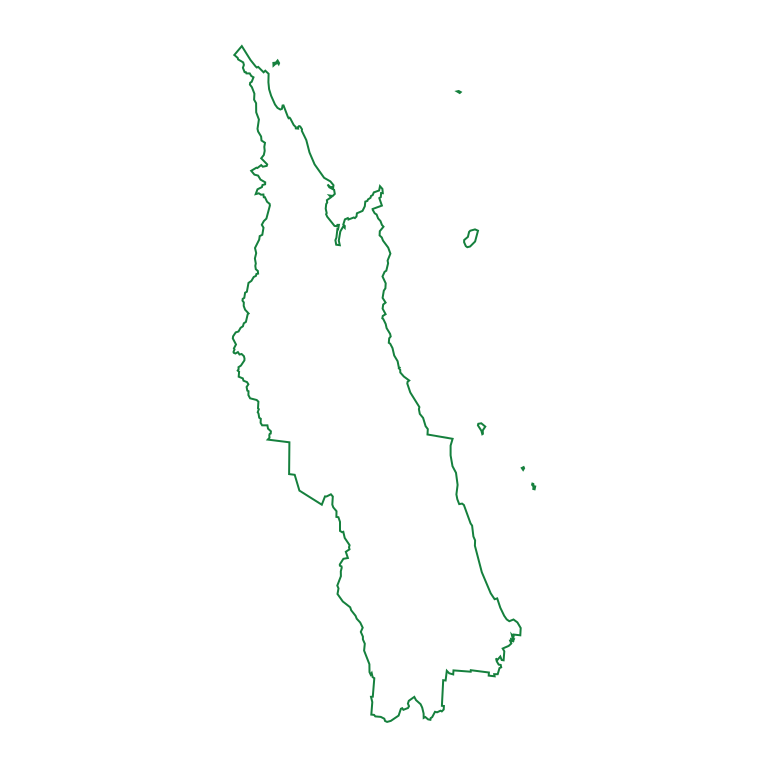 Cairns, Queensland, Australia (Equal Earth projection)
{"feature_id": "25037944B34353436415485", "entity_name": "Cairns", "entity_type": "district", "adm_level": 2, "iso_a3": "AUS", "parent_name": "Australia", "parent_adm1": "Queensland", "projection": "equal_earth", "projection_center": [145.798, -17.106], "detail": "fine", "context": "isolated", "style": "outline", "palette": "green", "viewbox_px": 768, "rotation_deg": 0, "n_neighbors": 0, "source": "geoboundaries", "source_scale": "gbopen_adm2", "svg_char_len": 6078}
<svg xmlns="http://www.w3.org/2000/svg" viewBox="0 0 768 768"><path d="M237.7,370.6L239.1,371.7L238.7,376.7L242.8,378.4L243.5,380.7L247.0,382.1L248.4,384.3L246.6,387.0L247.3,390.6L248.5,391.2L248.4,395.1L250.1,398.3L256.7,400.0L258.4,401.7L258.0,408.3L258.8,409.2L257.7,412.3L258.5,413.4L259.2,417.7L260.8,418.8L260.6,422.8L262.1,425.3L267.4,425.3L268.0,428.6L270.9,431.3L270.7,433.5L269.7,433.9L269.3,435.2L269.5,437.7L267.8,439.6L289.4,442.3L289.1,474.1L294.7,474.8L299.4,490.6L321.8,504.7L325.0,496.4L326.5,496.5L330.9,494.3L332.8,496.5L332.3,504.6L333.3,507.4L336.5,511.2L336.4,516.9L338.4,517.2L340.0,521.9L340.0,530.9L342.1,532.2L343.3,531.8L344.7,537.9L349.6,545.2L349.0,547.2L349.5,549.3L345.8,551.8L347.9,558.0L343.4,558.8L339.8,564.4L339.9,565.7L341.5,566.4L341.7,567.8L340.8,571.3L340.9,576.2L337.3,585.6L338.5,588.4L337.5,594.0L342.8,601.5L350.2,607.3L351.2,610.3L355.6,615.9L356.7,618.7L360.2,622.5L362.7,627.7L360.8,631.9L362.9,636.6L362.9,639.4L364.8,643.7L364.1,650.6L369.4,664.2L369.5,672.1L370.7,674.7L371.7,673.1L372.6,677.1L374.3,678.2L372.8,696.7L371.0,696.8L372.3,702.1L371.3,714.6L374.1,714.9L375.3,716.4L380.8,716.9L384.3,718.7L385.1,721.0L387.1,721.9L390.8,720.9L398.6,715.6L400.9,708.8L402.2,708.2L403.4,709.8L408.0,708.0L409.0,706.2L407.9,703.6L408.8,700.8L414.3,696.9L416.0,700.1L420.6,704.2L422.2,707.6L423.6,713.5L423.7,717.9L425.3,717.0L428.1,719.4L430.4,719.8L430.7,718.1L432.2,717.1L435.0,711.8L437.1,712.3L440.5,710.7L441.8,711.4L443.7,709.5L443.9,706.0L441.9,705.8L443.2,680.2L445.6,680.5L446.8,670.8L449.2,673.3L453.2,674.4L453.5,670.4L470.7,671.7L470.8,670.2L488.9,672.5L488.7,675.6L494.6,676.3L494.2,674.2L497.7,674.2L499.5,668.1L501.2,667.3L500.7,664.9L498.7,664.6L496.8,661.4L496.0,658.3L497.3,660.1L500.3,656.5L501.7,660.0L503.6,660.3L504.3,651.3L502.7,648.5L508.7,645.9L511.3,643.5L510.1,640.6L511.2,640.4L511.1,639.2L511.9,639.6L511.4,641.3L513.1,641.0L512.5,639.2L513.2,639.0L513.5,640.1L514.0,639.0L513.2,638.6L513.5,636.9L512.4,637.3L511.9,635.0L512.6,635.8L513.3,634.5L520.3,635.3L520.7,628.0L517.4,622.4L513.5,619.5L509.3,621.2L506.7,619.4L504.2,615.8L500.3,607.7L497.2,598.4L494.6,599.2L490.7,593.3L481.8,572.2L474.9,545.7L475.1,540.4L473.4,536.5L472.1,525.6L470.6,523.5L463.9,505.0L462.1,503.6L459.2,504.1L457.3,499.2L456.4,494.4L457.6,484.9L456.0,472.8L452.5,466.2L450.6,455.4L450.6,445.6L452.6,438.8L427.5,434.5L427.8,429.1L425.6,426.2L423.1,417.9L419.8,413.9L418.9,409.1L419.4,407.1L410.3,392.5L407.3,383.6L407.6,381.8L409.2,380.5L403.8,376.5L400.3,372.5L400.2,369.8L398.9,368.3L399.5,367.6L398.8,367.3L397.6,361.2L394.2,355.5L392.5,348.1L390.2,343.7L388.8,342.8L389.2,338.3L390.7,336.5L390.1,333.9L386.6,328.1L385.7,324.0L383.3,319.1L382.3,318.3L382.8,315.9L385.6,314.2L382.6,308.6L383.2,304.5L385.6,302.6L382.6,297.9L383.8,290.7L385.4,288.3L385.7,283.3L382.5,276.5L384.6,271.8L386.3,270.7L388.1,263.3L387.6,260.6L390.4,253.6L388.2,247.6L383.0,240.6L381.8,237.5L379.6,235.4L379.8,231.2L383.5,226.7L381.9,224.9L380.5,221.1L378.1,218.4L376.6,214.5L374.7,213.3L372.7,209.8L372.6,209.0L381.9,205.6L379.3,198.1L380.8,197.1L381.1,193.0L382.8,193.2L382.4,188.9L380.0,186.2L379.1,190.5L373.8,192.4L372.7,195.1L371.0,196.0L370.5,197.8L367.9,199.5L367.4,200.9L365.3,201.6L364.8,206.3L362.5,210.9L356.9,213.3L356.5,216.5L354.9,218.1L353.8,217.5L348.5,219.5L348.2,218.1L348.1,218.9L347.8,218.1L344.9,219.4L343.3,224.5L344.8,226.0L344.7,227.8L343.3,226.3L340.3,231.5L338.8,240.6L339.8,245.2L336.2,244.7L335.4,240.2L336.4,237.7L337.4,229.1L338.1,229.3L338.9,224.9L337.4,224.9L336.6,226.2L334.5,225.9L327.2,216.7L326.1,214.2L326.7,213.1L325.7,208.7L326.2,204.1L327.2,202.5L326.9,200.2L331.1,197.2L329.5,195.5L332.7,196.0L334.8,193.9L334.1,189.8L329.3,187.3L327.6,184.5L330.3,187.1L332.9,187.0L333.0,188.6L333.5,185.2L330.4,181.4L324.1,177.8L314.6,164.4L309.5,152.5L306.3,140.1L301.8,130.8L302.0,129.3L300.2,126.5L299.1,126.1L297.9,127.2L298.1,128.6L295.8,128.4L295.7,127.0L293.7,125.0L290.3,118.5L289.6,117.7L288.6,118.2L287.8,116.7L283.5,105.4L282.6,105.5L281.9,108.9L280.3,109.5L277.5,107.9L275.0,104.5L271.1,95.7L269.1,89.2L268.4,82.2L268.6,73.8L265.3,70.7L263.6,72.3L258.2,66.9L256.8,67.5L255.7,66.5L250.5,60.0L241.8,46.1L234.3,55.0L237.7,57.9L238.1,59.4L243.2,62.4L243.9,64.9L242.9,67.8L244.6,72.1L245.8,72.1L246.4,73.4L249.7,73.4L251.3,76.0L253.5,77.3L251.7,81.8L250.2,82.7L249.9,84.6L251.9,87.2L254.4,93.7L254.1,99.7L256.1,103.2L256.2,112.3L258.9,119.5L257.5,128.8L258.1,131.5L261.1,136.5L261.5,140.5L265.0,142.8L264.3,146.9L264.7,150.9L263.8,155.0L261.2,158.3L267.2,164.4L266.7,165.9L262.8,166.7L261.2,165.1L257.4,168.0L256.4,167.7L251.2,170.8L254.4,174.6L258.1,175.6L260.5,179.6L265.2,182.3L265.1,184.3L262.5,185.0L261.9,187.1L257.5,189.3L255.7,194.1L258.8,193.3L261.0,194.7L263.4,194.5L263.8,197.2L264.9,197.2L267.1,201.8L269.6,203.8L269.9,205.5L266.4,218.6L263.8,221.1L261.8,224.8L263.5,227.7L262.3,234.8L259.7,236.1L259.2,239.6L255.0,248.0L256.2,253.1L254.9,258.5L255.8,263.5L255.3,265.9L255.8,269.2L257.8,270.9L258.1,273.6L256.4,274.0L255.9,275.9L253.7,277.0L251.4,280.9L248.5,282.9L246.9,291.7L245.1,292.7L244.3,297.8L242.7,298.9L242.5,300.7L243.8,302.4L243.7,305.9L245.1,309.7L248.6,313.5L247.7,314.2L245.9,321.9L243.8,323.3L242.9,326.3L240.6,327.8L238.5,331.5L235.7,332.4L233.1,336.3L232.8,338.4L236.0,344.5L233.9,348.4L234.5,349.4L233.5,352.0L233.8,352.8L235.4,353.5L237.9,352.1L239.5,354.5L241.6,354.0L243.9,356.2L244.5,358.5L244.4,360.4L240.9,365.6L238.5,367.2L238.6,369.2L237.7,370.6ZM475.1,241.5L478.0,230.7L475.0,229.4L470.3,230.7L469.1,231.9L467.9,236.9L464.2,240.0L464.1,242.2L465.8,246.1L467.3,247.2L470.1,246.5L475.1,241.5ZM485.3,426.6L481.3,423.3L478.3,423.8L477.9,425.3L481.4,430.8L482.3,434.2L482.9,433.8L482.7,430.5L485.3,426.6ZM273.5,65.6L275.5,63.8L278.1,63.1L278.7,64.1L279.1,63.1L277.6,60.5L275.9,62.6L273.4,62.9L273.5,65.6ZM533.5,486.6L533.3,489.0L534.6,489.3L535.2,486.5L533.6,486.2L533.3,483.9L532.4,483.6L532.1,484.8L533.5,486.6ZM457.0,91.4L459.7,93.0L460.7,92.1L458.7,91.0L457.0,91.4ZM523.1,469.9L524.1,468.2L523.6,467.1L521.8,468.0L523.1,469.9Z" fill="none" stroke="#15803d" stroke-width="2"/></svg>